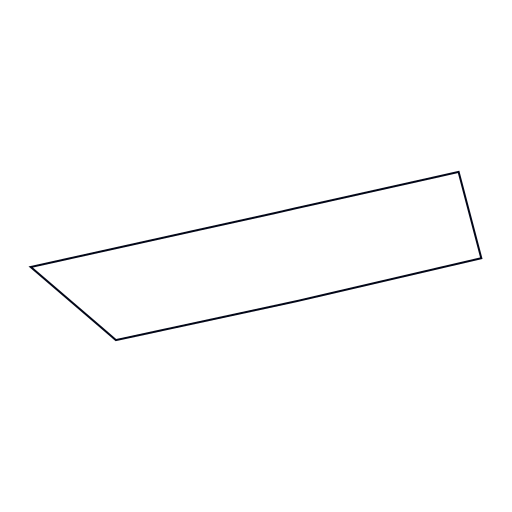 outline of Horten nor, Vestfold, Norway
{"feature_id": "86288312B83701369955488", "entity_name": "Horten nor", "entity_type": "district", "adm_level": 2, "iso_a3": "NOR", "parent_name": "Norway", "parent_adm1": "Vestfold", "projection": "orthographic", "projection_center": [10.388, 59.378], "detail": "fine", "context": "isolated", "style": "outline", "palette": "ink", "viewbox_px": 512, "rotation_deg": 0, "n_neighbors": 0, "source": "geoboundaries", "source_scale": "gbopen_adm2", "svg_char_len": 258}
<svg xmlns="http://www.w3.org/2000/svg" viewBox="0 0 512 512"><path d="M296.4,301.2L481.3,258.2L458.6,171.9L442.2,175.6L296.0,208.2L276.5,212.7L197.9,230.0L30.7,267.0L103.5,329.4L115.9,340.1L296.4,301.2Z" fill="none" stroke="#020617" stroke-width="2"/></svg>